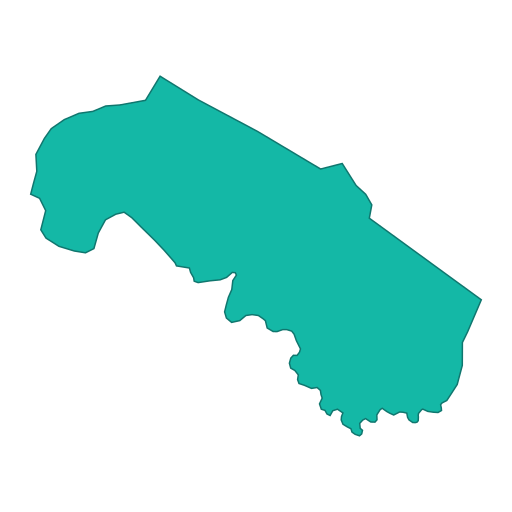 outline of Ethiope West, Delta, Nigeria
{"feature_id": "59680162B36658267128816", "entity_name": "Ethiope West", "entity_type": "district", "adm_level": 2, "iso_a3": "NGA", "parent_name": "Nigeria", "parent_adm1": "Delta", "projection": "orthographic", "projection_center": [5.764, 5.912], "detail": "fine", "context": "isolated", "style": "filled", "palette": "teal", "viewbox_px": 512, "rotation_deg": 0, "n_neighbors": 0, "source": "geoboundaries", "source_scale": "gbopen_adm2", "svg_char_len": 1970}
<svg xmlns="http://www.w3.org/2000/svg" viewBox="0 0 512 512"><path d="M446.8,400.5L451.2,393.8L457.2,384.5L462.3,365.4L462.4,342.5L467.6,331.8L481.3,299.8L369.3,218.2L371.8,204.9L365.7,194.3L356.1,185.5L342.2,163.5L320.6,169.0L307.8,161.4L281.3,145.6L272.1,140.1L257.3,131.3L198.3,99.9L166.5,80.2L160.1,76.2L158.4,79.0L145.5,100.3L119.6,105.0L105.7,106.0L92.8,111.4L79.0,113.3L64.3,119.6L51.3,128.6L44.4,138.4L35.9,154.4L36.8,171.3L33.4,183.7L30.7,194.2L39.6,198.3L45.7,210.6L40.8,229.8L46.0,238.1L58.9,246.3L74.3,251.0L85.5,252.8L93.9,248.6L98.3,233.0L105.5,219.8L115.8,214.2L124.1,212.2L131.8,217.7L141.3,227.2L154.3,239.9L163.9,250.0L166.1,252.5L175.0,262.7L176.5,265.9L189.4,268.0L190.6,272.4L193.6,277.7L194.2,281.2L198.1,282.6L210.0,280.8L220.2,279.8L226.6,277.4L232.3,272.4L235.3,272.7L236.4,275.1L232.8,280.6L231.8,289.5L228.4,297.3L226.3,304.9L224.6,311.9L226.4,318.0L231.6,322.4L239.8,320.6L245.9,315.5L252.1,314.6L258.4,315.5L263.3,318.9L265.4,320.7L267.2,328.0L273.1,331.5L277.0,331.6L282.7,329.6L286.8,329.6L291.7,331.1L294.1,334.2L296.4,340.7L300.5,348.9L299.5,352.2L297.1,355.4L293.4,355.3L290.8,358.1L289.4,363.2L290.7,368.1L294.9,370.5L298.3,374.9L297.6,379.6L299.0,383.5L304.4,385.3L311.5,388.4L317.1,387.5L320.4,390.4L321.0,394.5L322.2,398.1L321.0,400.7L319.5,403.9L321.3,409.2L325.0,410.4L327.0,414.0L330.1,415.5L332.8,410.7L337.5,409.2L342.9,412.9L341.5,416.6L341.2,419.9L343.0,424.3L347.3,426.9L350.9,428.7L352.0,432.1L355.1,434.3L359.5,435.8L361.7,433.9L362.5,430.3L360.2,428.3L359.7,423.4L362.8,420.0L365.6,418.6L370.8,422.0L375.0,422.1L377.0,419.8L376.8,414.9L380.1,409.7L382.2,408.3L386.9,411.6L390.0,413.3L393.7,415.0L399.6,412.0L402.8,412.2L406.8,413.1L407.6,417.4L409.0,419.9L412.7,422.5L415.5,422.6L417.1,422.1L418.2,420.7L418.4,416.9L418.2,415.5L418.5,413.4L421.6,409.7L422.8,409.1L427.8,411.4L433.3,412.2L438.0,412.5L441.5,410.5L441.3,407.9L440.6,404.7L442.1,402.9L446.8,400.5Z" fill="#14b8a6" stroke="#0f766e" stroke-width="1.5"/></svg>